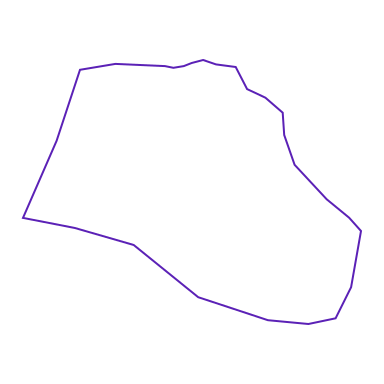 Mežica, Mercator projection
{"feature_id": "SVN-970", "entity_name": "Mežica", "entity_type": "Municipality", "adm_level": 1, "iso_a3": "SVN", "parent_name": "Slovenia", "parent_adm1": "", "projection": "mercator", "projection_center": [14.856, 46.525], "detail": "fine", "context": "isolated", "style": "outline", "palette": "violet", "viewbox_px": 384, "rotation_deg": 0, "n_neighbors": 0, "source": "natural_earth", "source_scale": "10m", "svg_char_len": 435}
<svg xmlns="http://www.w3.org/2000/svg" viewBox="0 0 384 384"><path d="M23.0,217.9L56.6,140.8L80.0,69.8L115.4,63.9L165.0,66.1L173.4,67.8L183.8,66.1L191.7,63.0L203.1,60.0L216.0,64.4L235.7,67.0L247.1,89.1L265.4,97.7L282.7,112.7L284.2,135.0L294.6,164.8L326.7,199.3L349.1,217.7L361.0,231.0L351.1,287.2L335.6,318.3L308.4,324.0L267.9,320.2L198.2,297.2L133.7,245.0L74.9,228.0L23.0,217.9Z" fill="none" stroke="#5b21b6" stroke-width="2"/></svg>